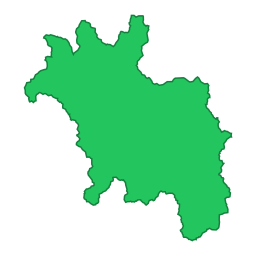 Chiem Hoa, Tuyên Quang, Vietnam (Natural Earth projection)
{"feature_id": "81297802B40107493867560", "entity_name": "Chiem Hoa", "entity_type": "district", "adm_level": 2, "iso_a3": "VNM", "parent_name": "Vietnam", "parent_adm1": "Tuyên Quang", "projection": "natural_earth1", "projection_center": [105.271, 22.169], "detail": "fine", "context": "isolated", "style": "filled", "palette": "green", "viewbox_px": 256, "rotation_deg": 0, "n_neighbors": 0, "source": "geoboundaries", "source_scale": "gbopen_adm2", "svg_char_len": 5741}
<svg xmlns="http://www.w3.org/2000/svg" viewBox="0 0 256 256"><path d="M33.3,79.1L30.8,79.4L30.8,81.3L30.3,82.1L26.8,82.7L25.8,85.4L24.5,87.8L25.2,90.0L25.3,93.3L25.9,94.5L29.1,97.5L28.7,98.7L29.3,101.2L29.8,101.9L31.7,101.0L33.4,102.5L34.7,101.2L36.0,100.8L35.7,96.4L36.6,94.5L38.0,93.8L39.3,92.5L40.4,92.7L43.0,94.3L44.6,93.6L45.7,93.7L48.5,95.7L51.3,95.0L53.2,97.1L56.0,98.3L57.7,98.5L57.4,100.0L57.7,100.5L59.7,102.2L60.8,102.0L61.7,103.3L63.0,104.2L62.7,106.2L62.8,108.0L65.6,109.3L66.5,111.5L67.5,112.4L68.5,114.3L69.6,114.3L69.3,115.3L70.7,118.5L70.5,119.4L71.3,120.2L72.7,119.8L75.6,120.6L76.1,122.3L77.6,123.5L78.4,124.7L78.5,125.9L77.2,129.2L79.0,131.9L79.4,133.0L77.9,134.7L77.1,134.7L76.8,135.2L77.1,135.9L78.1,136.5L79.9,138.7L79.0,140.8L77.6,141.6L76.5,143.1L76.4,144.7L79.0,146.5L80.8,147.0L82.5,149.6L85.5,151.9L86.7,157.1L89.7,157.1L90.7,158.3L91.8,158.7L91.8,164.2L92.7,166.4L91.7,167.8L89.8,168.6L89.1,170.7L88.2,171.6L87.9,173.2L88.3,175.0L92.2,180.1L92.4,182.2L93.9,182.8L94.1,185.0L93.5,185.7L91.3,186.2L90.5,187.7L87.5,189.0L86.4,189.0L84.4,191.5L85.0,193.0L84.8,193.5L84.2,193.7L84.3,194.8L83.9,197.7L84.4,198.9L86.1,199.7L86.7,201.7L88.5,201.6L90.8,203.6L93.3,205.1L95.7,204.7L96.2,203.5L97.6,203.3L98.6,202.0L98.5,198.4L99.5,197.3L99.1,195.0L99.3,194.1L101.7,193.1L103.2,191.8L105.7,190.8L107.0,189.1L109.0,187.4L109.2,186.2L110.3,184.6L110.8,181.7L113.0,180.9L113.3,179.4L112.8,177.7L113.0,177.4L116.4,177.3L118.5,179.6L119.9,180.2L120.9,180.2L121.8,179.8L122.8,180.3L123.5,179.9L124.7,181.8L125.4,182.3L125.8,185.2L127.0,189.3L126.7,191.1L127.4,191.9L127.6,193.3L127.3,193.9L125.1,195.1L124.5,196.5L124.2,199.7L125.7,202.3L127.3,201.7L130.0,201.6L130.8,201.2L131.8,202.0L132.9,201.6L134.5,202.0L135.6,201.1L136.6,201.1L137.6,200.0L139.9,199.8L140.7,199.9L141.0,200.7L143.2,202.7L144.5,203.1L145.5,204.7L146.3,205.0L148.3,203.3L148.8,201.5L149.4,200.5L152.2,199.6L153.2,200.7L154.5,200.2L155.9,197.6L157.9,196.2L158.5,193.8L159.9,191.8L161.1,191.1L162.6,192.0L165.2,191.7L166.0,193.7L166.3,193.9L169.2,193.2L172.5,193.3L174.6,195.2L174.8,195.9L174.5,197.1L175.7,198.5L175.9,200.2L177.5,200.6L177.3,201.8L177.7,203.5L179.5,204.2L179.4,207.3L178.8,209.1L179.1,209.9L179.0,211.3L177.9,214.3L179.5,215.1L181.1,216.7L181.5,218.6L180.9,219.7L181.5,220.9L181.4,222.0L182.6,223.2L182.6,224.4L183.4,225.8L182.4,228.5L180.4,230.2L180.9,231.5L182.1,232.4L182.2,233.5L183.1,235.1L183.2,236.3L183.6,237.2L186.1,237.3L188.1,238.4L188.7,239.4L189.8,239.4L192.3,240.6L193.3,239.9L195.4,239.4L196.2,239.6L196.3,238.1L198.6,237.5L198.9,237.3L198.9,236.8L200.1,236.9L201.5,235.1L202.4,233.2L206.1,231.2L206.7,230.6L206.8,229.4L207.7,229.3L209.6,228.3L212.0,229.7L216.2,229.9L218.6,227.8L218.9,226.9L219.5,221.9L219.2,220.3L219.3,214.9L222.6,214.0L224.1,213.1L227.8,212.6L227.9,209.5L227.3,207.3L226.4,205.8L226.7,204.3L225.8,203.2L225.0,198.7L226.9,197.3L228.7,197.2L229.9,196.7L230.4,192.8L229.2,191.6L229.7,189.6L229.0,188.0L227.0,186.7L226.8,185.6L223.9,182.7L223.4,181.9L223.1,180.1L223.7,179.0L223.3,177.9L221.6,177.6L220.6,175.4L218.8,174.7L219.1,173.7L220.9,172.4L221.5,171.4L221.6,169.8L221.0,168.4L221.0,167.3L223.8,163.4L222.7,163.2L221.9,160.6L220.5,160.7L219.6,160.1L219.1,157.9L219.6,156.1L218.8,155.0L219.2,154.0L220.0,153.3L219.6,152.7L219.8,151.9L221.3,150.7L221.5,149.7L222.0,149.3L223.9,148.9L224.4,147.3L223.7,143.7L225.9,141.1L226.8,139.3L230.1,137.0L231.5,137.0L231.1,135.4L231.4,133.4L230.0,133.2L227.4,131.5L226.3,131.4L224.3,130.6L223.6,131.5L222.9,131.4L221.8,132.2L221.4,131.9L220.3,129.6L218.6,127.8L218.1,125.4L218.2,123.5L219.3,121.9L217.7,119.6L217.7,117.8L216.8,117.8L216.1,119.2L213.5,117.2L212.7,115.3L211.5,114.2L211.2,112.7L209.7,111.4L208.5,109.4L206.9,108.1L206.2,106.9L205.6,104.6L206.3,104.8L207.1,104.1L206.9,103.0L207.5,101.4L207.4,99.0L208.7,97.6L209.8,97.6L209.7,95.7L209.2,94.2L207.6,93.1L208.1,91.4L208.6,90.6L208.2,86.9L208.8,85.6L207.5,83.6L204.5,83.9L201.3,82.1L200.7,81.6L198.8,78.1L197.5,77.0L195.5,78.5L193.1,81.4L190.2,82.0L189.0,81.6L184.7,78.3L183.5,77.8L175.2,78.2L173.6,79.4L172.3,81.6L167.2,81.7L163.1,84.6L159.2,85.3L156.9,83.6L156.2,83.6L155.0,84.4L152.5,83.2L151.8,81.0L151.1,80.4L150.9,79.7L149.4,77.9L148.6,77.6L147.3,78.4L145.6,77.4L145.4,76.5L144.5,75.2L142.0,74.6L140.9,72.2L137.8,69.2L137.4,66.8L136.3,65.5L137.5,64.0L137.3,63.2L137.4,61.3L139.5,59.4L140.1,58.0L143.0,55.5L141.4,50.7L141.9,47.8L141.5,46.5L144.6,43.8L147.5,42.1L148.1,40.2L146.9,33.4L147.2,32.3L148.7,29.6L148.3,28.3L148.8,26.0L147.1,25.4L146.0,26.2L145.6,25.5L144.3,24.9L142.9,22.0L143.4,20.0L143.3,16.5L143.0,15.9L138.7,15.9L136.0,17.1L134.0,15.4L131.4,15.4L131.2,17.3L130.4,19.2L130.2,21.9L129.1,22.9L129.5,24.7L130.6,25.8L129.5,28.0L129.6,29.3L128.6,31.9L127.6,32.6L125.7,32.4L124.6,32.7L122.2,31.6L121.0,31.5L120.4,32.3L120.2,33.8L119.1,34.9L118.6,37.0L118.9,38.3L118.0,40.3L115.9,42.9L115.0,44.8L113.3,46.6L110.2,44.6L108.2,44.5L107.2,44.1L106.1,44.9L105.4,44.1L102.4,42.7L101.5,41.7L101.1,39.7L98.6,39.0L96.8,36.9L97.1,35.0L95.1,32.2L95.3,29.5L95.1,28.4L91.2,27.4L90.4,26.2L90.4,24.7L89.9,23.6L88.8,22.8L86.0,22.1L85.4,21.5L85.1,20.6L81.7,20.8L79.2,25.1L78.9,26.7L76.6,28.8L75.7,32.0L75.9,32.9L77.5,36.1L76.7,40.1L77.0,43.0L79.8,45.7L79.8,46.9L77.8,50.3L74.0,53.1L73.4,54.4L72.1,51.7L71.5,47.4L69.8,45.3L69.0,42.9L67.2,40.2L65.3,38.9L63.5,39.1L60.6,37.4L58.4,37.4L57.5,36.5L56.6,36.9L54.5,35.9L50.6,34.8L49.1,35.5L46.2,34.9L44.0,36.9L43.7,38.0L45.6,38.7L47.1,41.4L47.7,43.2L47.6,44.2L48.3,45.5L50.9,46.6L52.1,48.1L51.7,49.0L51.9,50.8L51.3,52.2L51.5,54.0L51.2,55.9L51.6,56.9L47.5,56.5L45.6,57.3L45.8,59.1L45.0,60.0L46.4,61.0L47.1,62.6L47.3,66.2L46.7,68.8L45.7,69.4L44.5,69.5L40.8,70.7L39.1,71.9L37.9,73.4L35.5,74.8L33.9,78.4L33.3,79.1Z" fill="#22c55e" stroke="#15803d" stroke-width="1.5"/></svg>